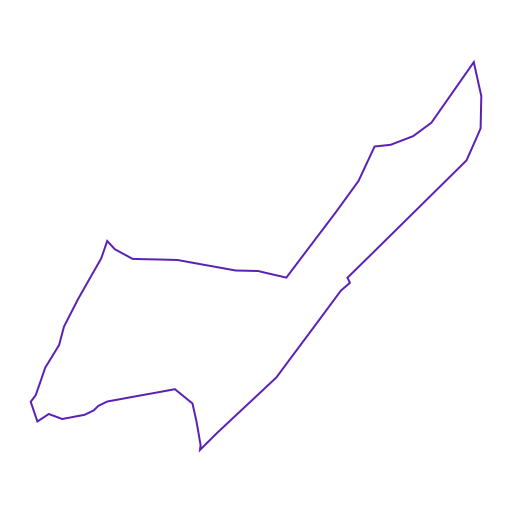 the district of Zaqaziq 2, Ash Sharqiyah, Egypt
{"feature_id": "37247803B33284186287576", "entity_name": "Zaqaziq 2", "entity_type": "district", "adm_level": 2, "iso_a3": "EGY", "parent_name": "Egypt", "parent_adm1": "Ash Sharqiyah", "projection": "robinson", "projection_center": [31.509, 30.601], "detail": "fine", "context": "isolated", "style": "outline", "palette": "violet", "viewbox_px": 512, "rotation_deg": 0, "n_neighbors": 0, "source": "geoboundaries", "source_scale": "gbopen_adm2", "svg_char_len": 901}
<svg xmlns="http://www.w3.org/2000/svg" viewBox="0 0 512 512"><path d="M200.0,449.9L217.3,432.7L249.5,402.6L253.8,398.6L276.5,377.3L291.0,357.7L305.5,338.3L314.6,326.1L340.9,290.6L349.9,282.8L347.5,277.7L375.0,250.7L377.5,248.2L466.5,160.4L474.8,141.7L480.6,128.4L481.1,105.4L481.3,96.1L477.2,77.6L473.8,62.1L461.2,80.1L431.4,122.7L413.2,136.1L390.6,144.8L374.6,146.5L358.5,181.0L335.4,212.8L315.3,239.3L290.2,272.5L286.4,277.6L280.3,276.2L268.5,273.5L258.0,271.0L235.6,270.5L232.3,269.9L203.4,264.7L177.5,260.0L159.5,259.5L144.4,259.2L132.6,258.9L114.9,249.3L107.2,241.0L101.3,258.2L78.0,299.2L69.1,316.6L64.0,326.6L59.1,345.0L45.2,367.7L40.5,381.5L35.7,395.2L30.7,401.8L37.4,421.5L48.8,414.0L62.1,419.0L84.6,414.8L93.7,410.4L98.3,405.9L107.3,401.5L123.8,398.5L129.8,397.4L144.1,394.8L174.9,389.2L192.5,403.5L196.6,422.0L200.6,445.2L200.0,449.9Z" fill="none" stroke="#5b21b6" stroke-width="2"/></svg>